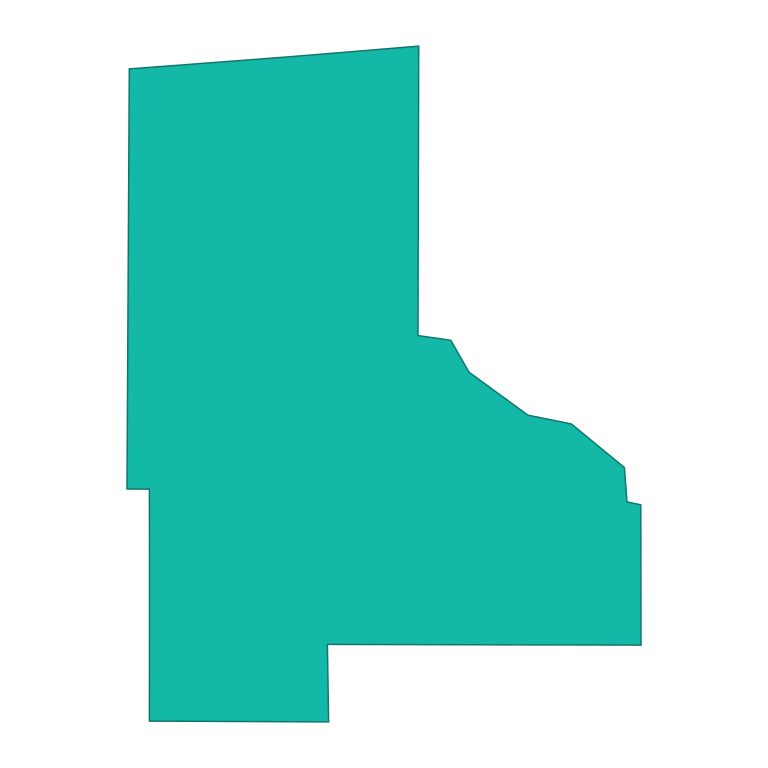 Jefferson Davis, Mississippi, United States of America (Equal Earth projection)
{"feature_id": "52423323B71217436545860", "entity_name": "Jefferson Davis", "entity_type": "district", "adm_level": 2, "iso_a3": "USA", "parent_name": "United States of America", "parent_adm1": "Mississippi", "projection": "equal_earth", "projection_center": [-89.767, 31.582], "detail": "fine", "context": "isolated", "style": "filled", "palette": "teal", "viewbox_px": 768, "rotation_deg": 0, "n_neighbors": 0, "source": "geoboundaries", "source_scale": "gbopen_adm2", "svg_char_len": 417}
<svg xmlns="http://www.w3.org/2000/svg" viewBox="0 0 768 768"><path d="M552.0,644.9L641.0,645.1L640.8,504.9L627.0,501.9L624.4,467.6L571.4,424.0L528.0,415.2L469.0,372.2L450.8,340.3L418.0,335.6L418.1,279.0L418.5,127.4L418.7,46.1L290.4,56.7L129.3,68.9L127.0,489.0L149.4,489.1L149.5,559.7L149.5,632.6L149.4,721.1L328.6,721.9L327.4,644.4L529.8,644.9L552.0,644.9Z" fill="#14b8a6" stroke="#0f766e" stroke-width="1.5"/></svg>